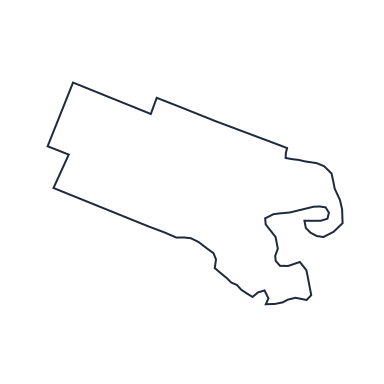 the district of São Pedro do Butiá, Rio Grande do Sul, Brazil, rotated 292°
{"feature_id": "56859067B11574675673068", "entity_name": "São Pedro do Butiá", "entity_type": "district", "adm_level": 2, "iso_a3": "BRA", "parent_name": "Brazil", "parent_adm1": "Rio Grande do Sul", "projection": "albers", "projection_center": [-54.902, -28.124], "detail": "fine", "context": "isolated", "style": "outline", "palette": "slate", "viewbox_px": 384, "rotation_deg": 292, "n_neighbors": 0, "source": "geoboundaries", "source_scale": "gbopen_adm2", "svg_char_len": 1121}
<svg xmlns="http://www.w3.org/2000/svg" viewBox="0 0 384 384"><g transform="rotate(292 192 192)"><path d="M268.4,263.7L266.5,188.0L266.3,141.0L266.1,124.0L248.9,124.6L248.9,92.5L248.9,40.7L180.3,41.0L180.5,63.7L143.8,62.1L143.8,165.2L144.2,180.9L143.9,194.6L146.9,201.8L148.7,208.2L148.1,216.8L145.3,226.9L143.3,234.9L138.5,239.5L130.0,241.6L127.3,249.7L125.2,256.5L122.8,262.2L122.6,268.5L119.9,274.1L118.6,280.1L117.4,287.4L123.7,290.9L127.9,296.1L122.0,302.7L115.6,302.5L119.3,310.9L123.6,317.4L128.2,321.3L132.7,327.6L134.8,338.7L141.0,341.2L157.3,330.7L162.4,327.3L167.5,318.2L159.5,308.9L156.5,301.3L159.5,295.4L163.9,293.1L171.6,292.8L176.7,289.5L181.6,286.3L186.6,277.6L189.5,272.5L195.0,269.7L201.9,275.8L204.8,280.9L209.6,290.3L224.0,310.4L226.4,315.8L227.8,321.6L224.1,326.7L218.0,327.6L213.6,322.2L210.7,315.2L207.5,307.0L201.3,311.0L198.7,317.0L197.9,324.2L199.5,330.7L208.0,338.1L219.5,343.3L232.1,337.7L240.1,332.1L248.6,323.0L254.0,319.5L261.4,314.5L265.4,304.9L265.5,297.0L262.7,285.3L261.7,278.8L260.1,273.1L258.6,266.1L263.3,264.4L268.4,263.7Z" fill="none" stroke="#1e293b" stroke-width="2"/></g></svg>